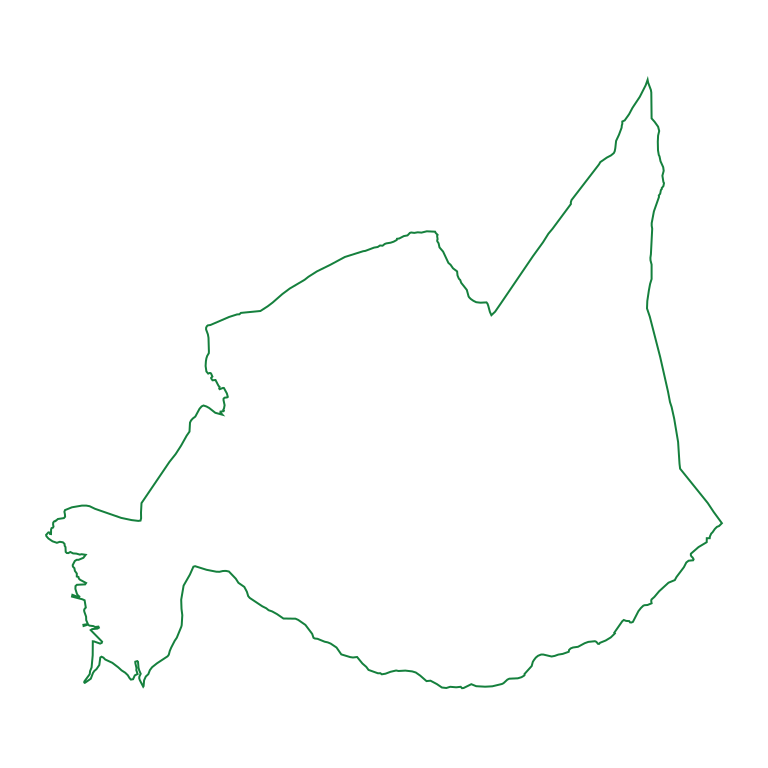 Poplaca, Sibiu, Romania (Equal Earth projection)
{"feature_id": "2599482B75853154347523", "entity_name": "Poplaca", "entity_type": "district", "adm_level": 2, "iso_a3": "ROU", "parent_name": "Romania", "parent_adm1": "Sibiu", "projection": "equal_earth", "projection_center": [24.032, 45.739], "detail": "fine", "context": "isolated", "style": "outline", "palette": "green", "viewbox_px": 768, "rotation_deg": 0, "n_neighbors": 0, "source": "geoboundaries", "source_scale": "gbopen_adm2", "svg_char_len": 6019}
<svg xmlns="http://www.w3.org/2000/svg" viewBox="0 0 768 768"><path d="M143.2,686.7L143.6,686.1L144.1,680.3L145.8,676.5L148.3,674.2L149.9,670.1L152.1,667.2L157.0,663.3L167.6,656.3L168.8,654.7L169.8,650.9L171.2,647.6L174.7,640.8L176.8,637.7L181.3,626.7L181.7,625.1L182.3,615.2L181.5,608.8L181.2,599.7L183.6,585.6L189.9,574.6L193.4,566.7L195.1,566.2L206.6,569.8L216.3,571.7L219.5,571.8L222.9,571.0L225.9,570.9L228.9,571.5L235.8,578.7L238.4,582.8L244.3,586.9L246.9,591.8L248.2,596.1L249.7,597.9L262.3,606.3L266.3,608.3L268.6,610.2L272.1,611.4L277.0,614.1L283.4,618.5L295.5,618.7L298.2,619.9L305.4,624.9L312.2,633.9L313.5,637.8L314.8,638.5L317.5,638.8L324.6,641.7L327.8,642.4L330.7,643.6L336.5,647.5L341.3,654.4L350.2,657.1L353.0,657.5L357.1,657.0L362.4,663.5L366.3,666.9L368.5,669.9L378.0,673.3L380.3,673.2L381.8,674.3L385.5,673.7L390.5,671.8L396.1,670.5L398.6,671.0L405.3,670.6L412.2,671.4L415.8,672.5L420.2,675.6L426.5,681.1L430.5,680.7L436.9,684.1L441.9,687.5L446.3,688.0L450.2,686.8L456.2,687.3L460.7,686.8L462.0,688.2L463.6,688.0L471.3,684.2L476.2,686.2L485.2,686.7L492.3,686.3L501.9,684.0L503.5,683.2L507.4,679.6L509.3,678.7L517.8,678.3L521.5,677.2L524.0,675.7L524.6,675.0L524.5,674.0L531.7,666.0L532.8,661.9L533.9,660.1L535.8,657.6L538.0,655.8L541.2,654.5L543.1,654.5L551.6,656.5L554.7,655.9L558.3,654.6L562.7,653.9L568.7,651.8L569.1,649.9L570.7,648.4L573.0,647.5L578.0,646.8L584.7,643.2L588.3,641.9L594.9,641.2L596.3,641.8L598.1,643.9L599.1,643.9L600.0,642.8L605.7,640.5L610.8,637.4L614.9,633.4L614.3,632.7L622.3,621.2L623.8,620.0L626.1,620.9L629.2,621.1L630.1,622.4L631.4,622.5L632.9,621.9L638.4,611.2L640.9,608.0L643.3,605.7L644.5,605.2L647.5,605.0L651.6,603.3L651.2,600.9L651.5,599.5L654.4,596.9L659.2,591.2L668.5,582.7L674.8,580.1L676.5,577.0L683.9,567.2L686.3,562.5L688.6,560.7L693.1,560.3L693.6,559.3L692.6,557.5L691.4,556.4L690.8,555.1L690.9,553.7L698.5,547.1L706.7,542.2L706.8,538.2L709.7,538.2L709.9,536.5L711.2,533.6L712.6,532.2L714.8,529.0L716.9,526.9L719.1,526.0L721.9,523.2L713.7,512.0L707.8,503.1L680.1,468.7L679.5,463.7L678.1,442.0L674.2,418.7L671.6,407.0L670.0,402.1L668.0,391.6L660.2,357.1L649.8,316.7L647.0,308.4L647.3,301.0L648.9,290.3L650.1,283.9L651.6,279.0L651.6,264.6L650.5,260.3L650.4,257.8L650.9,254.3L652.2,228.7L651.7,225.8L651.7,223.1L653.9,211.4L659.0,196.9L658.8,195.5L660.2,193.7L660.9,190.1L661.8,189.0L661.8,188.0L663.4,186.1L664.0,183.1L663.4,182.0L662.4,175.7L663.7,170.8L663.2,167.2L660.5,161.2L659.5,156.3L658.8,155.0L658.0,150.3L657.8,141.7L658.1,135.6L659.2,131.0L658.1,126.7L654.6,121.8L651.6,118.4L651.3,92.5L650.9,90.0L648.1,82.5L647.6,79.8L645.7,85.2L639.8,96.8L632.5,107.8L629.1,114.2L624.7,120.4L622.3,121.5L622.3,123.9L621.8,125.5L621.6,127.7L619.0,134.7L616.1,140.9L615.3,148.2L614.7,151.3L613.8,153.1L611.0,155.4L606.8,157.6L600.3,162.1L599.0,164.4L571.5,200.1L570.8,202.4L570.9,204.0L552.5,228.8L548.4,233.7L543.0,242.3L533.0,256.1L500.7,303.6L495.1,311.7L491.4,315.2L489.9,311.9L488.2,305.6L487.5,303.7L486.5,302.4L480.4,302.7L476.2,302.2L473.4,300.8L470.8,299.0L469.3,297.5L468.6,296.5L466.8,289.9L461.2,282.8L460.2,280.0L458.9,278.7L458.2,277.1L457.5,275.4L457.1,271.4L453.0,268.3L450.6,264.8L448.4,262.9L443.1,251.6L439.5,247.4L438.6,243.3L437.3,241.3L437.2,240.1L437.6,239.2L437.1,235.8L437.6,234.9L435.6,232.8L435.1,231.7L426.8,231.3L421.5,232.6L417.7,232.3L414.3,232.9L411.2,232.5L409.9,232.9L407.5,235.4L403.8,236.1L399.2,238.5L397.0,238.8L396.7,240.0L393.6,241.7L390.6,242.7L386.3,243.4L384.7,244.0L382.6,245.7L380.0,245.5L377.7,247.0L374.1,247.6L365.3,250.9L363.2,251.2L344.8,257.0L330.5,264.7L316.9,271.4L308.4,276.8L304.6,279.8L289.8,288.5L282.3,294.1L272.7,302.5L267.7,306.3L260.4,311.0L240.9,312.9L239.4,314.3L237.1,314.4L229.0,317.0L210.4,325.0L207.8,325.4L206.8,326.3L206.1,327.8L206.1,329.5L207.9,334.4L208.5,337.8L208.9,351.3L208.8,353.2L207.2,355.9L206.4,358.3L205.9,361.3L205.6,366.0L206.4,371.5L208.2,373.6L209.6,373.0L210.6,373.1L211.2,373.8L212.4,376.6L211.2,377.7L211.2,378.4L212.5,380.3L215.5,380.0L218.5,385.8L219.6,386.9L219.2,388.6L219.7,389.2L223.1,387.9L223.9,388.0L226.9,393.5L227.8,396.9L227.1,397.4L224.6,397.7L223.6,398.6L223.5,400.0L224.6,405.2L224.0,408.4L223.3,409.8L223.9,410.5L223.6,411.2L220.5,411.6L220.4,412.4L222.4,414.7L215.3,412.8L209.2,408.0L206.5,406.5L203.5,405.5L201.6,406.4L199.5,408.8L195.3,416.6L192.8,418.5L191.1,420.4L190.0,422.6L189.5,431.6L186.7,435.6L181.1,445.6L175.7,454.0L169.5,461.8L141.5,503.1L141.0,512.6L141.1,518.3L140.5,520.6L138.4,520.9L131.7,520.1L121.2,517.9L95.0,508.8L89.6,506.2L86.3,505.6L81.9,505.6L71.9,507.3L65.0,510.1L64.4,511.8L64.9,514.1L65.1,516.7L63.9,518.1L57.9,519.0L54.9,521.6L55.2,520.9L53.9,521.6L53.2,522.7L53.1,524.6L53.5,526.6L53.0,527.6L51.6,528.1L51.1,529.4L51.0,534.1L50.1,534.0L50.0,532.6L48.4,532.4L46.1,534.9L46.4,536.2L48.4,538.5L52.5,541.3L56.9,542.8L59.8,541.8L62.9,542.3L64.5,543.8L64.7,545.8L65.5,547.1L65.7,551.9L66.8,553.0L68.3,553.1L70.3,552.0L73.1,553.4L76.4,553.6L79.8,554.6L81.6,554.2L85.7,554.8L83.4,557.8L78.6,559.8L76.7,559.8L74.8,561.0L72.7,565.1L72.9,566.6L74.4,568.2L74.9,570.9L76.8,573.5L76.8,576.5L78.4,576.9L78.9,578.6L80.1,579.8L86.1,583.0L85.1,584.4L76.9,584.8L75.5,586.1L75.4,588.9L76.9,593.8L78.1,595.6L80.0,597.0L76.3,596.3L72.4,594.8L72.0,596.6L82.4,599.3L84.6,600.3L85.8,607.6L84.7,608.7L84.1,610.1L84.3,611.6L86.1,616.7L86.2,620.1L87.9,624.1L83.4,624.8L83.6,626.0L88.0,624.6L89.4,625.6L93.3,626.1L95.1,627.0L98.4,626.6L98.9,627.7L97.5,628.6L92.2,629.1L90.7,630.1L102.1,641.7L101.7,642.9L100.1,643.6L93.9,641.4L92.8,641.3L92.7,655.2L91.6,667.4L90.1,671.1L89.7,674.2L84.4,681.4L84.2,682.2L84.6,682.8L85.1,682.7L90.8,678.7L93.0,672.9L94.3,671.0L96.5,669.1L99.3,665.0L100.3,657.5L101.5,656.7L103.4,657.6L105.2,659.5L112.3,662.8L118.2,667.3L121.6,670.4L125.2,672.7L127.8,675.2L129.6,678.2L130.9,679.6L133.1,679.2L134.8,675.4L137.6,674.0L136.3,670.1L136.5,668.1L135.3,662.9L135.3,661.7L137.3,661.1L138.0,661.8L138.5,667.6L139.2,670.3L140.7,673.8L139.4,676.5L139.2,678.1L139.8,680.1L143.2,686.7Z" fill="none" stroke="#15803d" stroke-width="2"/></svg>